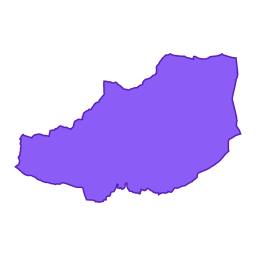 outline of Nucet, Bihor, Romania
{"feature_id": "2599482B33433612869061", "entity_name": "Nucet", "entity_type": "district", "adm_level": 2, "iso_a3": "ROU", "parent_name": "Romania", "parent_adm1": "Bihor", "projection": "albers", "projection_center": [22.608, 46.495], "detail": "fine", "context": "isolated", "style": "filled", "palette": "violet", "viewbox_px": 256, "rotation_deg": 0, "n_neighbors": 0, "source": "geoboundaries", "source_scale": "gbopen_adm2", "svg_char_len": 5757}
<svg xmlns="http://www.w3.org/2000/svg" viewBox="0 0 256 256"><path d="M213.7,165.4L219.5,161.0L222.9,157.2L225.7,153.8L228.8,151.0L228.3,148.8L228.4,141.1L229.2,139.4L231.5,138.2L235.6,135.6L238.3,134.6L240.6,134.0L239.4,130.4L236.2,125.5L236.6,123.5L236.5,122.3L237.0,120.7L236.6,119.2L236.5,116.9L235.5,112.9L232.2,99.2L232.6,96.4L233.3,92.8L234.4,88.3L236.0,80.9L235.9,80.2L236.9,77.7L237.8,74.4L237.7,73.7L237.2,72.4L237.6,72.3L236.0,57.9L232.2,57.6L228.4,56.5L226.3,55.9L225.4,55.5L223.9,55.2L223.3,55.1L222.2,53.9L219.3,55.3L217.9,55.7L215.8,56.1L211.6,56.5L209.8,56.9L208.1,58.2L207.0,58.4L206.3,58.8L205.3,59.0L202.9,59.0L199.6,58.5L198.3,58.2L197.2,57.6L195.4,56.5L193.8,56.5L193.3,57.5L193.5,59.2L186.1,57.4L184.8,56.3L180.3,56.2L173.8,55.4L169.9,53.9L168.5,54.9L165.7,55.1L165.0,55.7L164.3,56.7L162.4,58.2L161.6,59.4L160.8,60.7L159.4,62.3L158.7,64.1L156.7,66.1L156.3,67.8L156.6,69.0L156.6,70.1L156.4,70.9L156.5,71.5L156.3,72.3L156.7,72.8L156.4,73.2L156.1,73.4L155.6,74.0L155.5,74.4L155.2,74.7L152.7,75.6L151.4,77.0L150.1,78.1L148.8,78.4L146.8,79.3L146.0,79.2L144.8,80.0L143.7,81.0L143.5,81.4L142.9,82.3L142.7,83.0L142.7,84.2L142.0,84.7L139.9,85.4L138.6,86.3L137.2,87.7L136.6,87.7L135.9,87.8L134.5,87.8L132.8,88.5L130.5,89.1L129.8,89.6L129.0,89.9L128.2,90.1L126.9,89.5L125.1,89.3L124.2,89.1L123.6,88.8L122.3,87.6L121.8,87.4L120.9,86.2L118.2,84.6L116.7,82.8L115.8,82.3L115.5,82.3L114.4,82.8L113.6,83.0L112.7,83.0L111.3,82.5L110.0,81.7L109.3,81.8L107.9,82.0L107.0,81.5L105.4,81.2L104.0,81.2L103.8,84.6L104.2,94.3L99.7,99.8L99.6,100.1L99.3,100.4L99.1,100.9L98.9,101.7L98.8,101.9L98.3,102.2L96.9,102.4L96.1,102.7L95.8,102.9L95.7,103.2L95.2,103.9L94.5,104.0L93.7,105.4L93.6,105.8L93.2,106.4L92.6,106.9L92.5,107.2L92.1,107.6L91.8,108.1L91.3,109.2L90.6,109.5L90.1,109.5L89.3,109.3L88.8,109.5L88.4,110.4L86.8,110.8L86.5,111.0L85.7,111.6L85.2,111.8L84.9,112.3L84.6,112.4L83.7,113.2L83.4,113.9L83.1,115.7L82.4,117.0L82.3,117.6L82.5,119.5L82.2,119.6L81.5,119.3L80.5,119.7L80.1,119.6L79.8,119.4L79.1,119.3L78.5,119.4L78.5,119.5L77.8,119.5L76.0,120.7L74.6,121.4L73.1,127.1L71.9,128.2L71.1,128.5L71.1,129.2L70.4,129.0L69.1,128.6L66.5,127.3L64.2,127.4L61.8,126.3L61.2,126.1L60.2,126.2L59.8,126.1L59.3,126.3L58.5,127.2L57.9,127.6L56.9,128.6L55.6,128.7L55.2,128.9L55.0,129.2L55.0,129.7L54.1,130.0L51.4,130.3L50.2,130.6L48.9,136.3L48.0,136.2L47.0,135.8L46.5,135.5L45.5,135.7L45.0,135.5L44.4,135.5L43.9,135.4L43.4,135.6L43.0,135.5L42.6,135.4L42.1,134.9L41.9,134.8L41.5,134.4L41.1,134.3L40.6,134.6L40.2,134.4L39.9,134.4L39.1,134.1L38.3,134.1L36.9,134.5L35.6,134.6L35.0,134.9L34.3,135.1L33.0,136.2L32.6,136.5L32.4,136.8L31.6,137.5L31.6,137.8L24.0,135.4L23.2,134.5L22.8,134.9L22.4,135.1L21.8,135.7L21.5,136.2L21.1,137.1L20.8,137.4L20.3,138.4L19.9,138.7L19.8,139.0L21.1,140.0L20.6,142.5L20.6,142.9L20.4,143.3L20.2,143.7L20.2,144.0L21.0,145.3L21.0,146.9L20.9,147.4L20.6,148.4L20.5,149.1L20.6,150.4L20.4,151.6L20.1,152.2L20.1,153.1L19.9,154.2L20.1,154.9L19.2,156.0L18.8,156.5L18.7,156.8L18.4,157.0L18.3,157.5L18.8,158.3L18.8,158.8L19.2,159.4L19.5,160.5L19.6,161.4L19.4,162.2L19.2,162.8L19.0,163.7L18.4,164.7L16.4,165.9L15.8,166.5L15.4,166.7L15.9,167.3L16.6,167.8L17.5,168.1L18.2,168.7L18.5,169.0L18.9,169.7L21.0,171.2L21.3,171.6L22.0,172.2L22.6,173.0L23.2,173.2L23.9,173.7L24.7,174.3L25.0,174.6L27.0,175.2L28.8,175.6L30.4,175.3L31.4,175.5L31.9,175.7L32.5,176.1L33.9,176.7L35.0,177.2L36.0,177.8L36.5,178.5L37.5,179.2L39.5,180.1L40.3,180.1L40.7,180.3L41.6,181.0L43.1,181.6L45.6,182.4L47.7,182.5L49.6,183.0L51.1,183.6L54.2,183.9L54.9,184.4L55.2,184.4L55.6,184.4L56.3,184.0L57.2,183.9L59.0,184.1L60.0,184.1L62.2,182.8L63.4,182.9L64.3,183.0L68.0,184.2L70.2,185.1L75.7,187.0L77.5,187.3L81.0,187.3L82.1,187.4L82.5,187.8L83.1,188.8L83.3,189.4L83.6,191.4L84.1,192.9L84.6,194.7L86.5,199.7L88.3,199.9L91.9,200.0L93.1,200.2L93.8,200.5L94.4,200.5L94.8,200.8L95.2,201.5L95.5,201.8L96.6,201.8L97.2,201.6L98.1,202.0L99.2,202.1L102.8,201.5L103.1,201.4L103.5,201.0L103.8,200.0L103.9,199.8L104.3,199.7L105.1,199.9L105.9,199.9L106.2,199.7L106.1,198.1L106.1,197.7L106.2,197.4L107.5,196.1L108.0,196.1L108.8,196.3L109.2,196.2L110.5,194.9L110.5,194.1L110.6,193.4L111.2,192.1L111.7,191.9L113.1,191.8L113.9,191.4L114.4,190.9L116.5,186.5L116.9,184.7L117.3,184.1L117.7,184.2L118.0,184.4L118.1,184.7L118.1,185.0L117.4,186.6L117.3,187.1L117.6,187.9L117.9,188.0L118.4,188.0L119.9,188.5L120.5,187.8L121.1,188.1L121.6,188.8L122.0,189.1L122.7,189.2L122.9,189.0L123.3,188.4L124.4,187.9L124.8,187.4L125.0,185.7L125.2,184.5L125.8,183.5L126.1,183.1L126.3,182.9L126.6,183.0L126.8,183.3L126.9,183.7L127.0,186.4L127.4,187.5L127.5,188.0L127.7,188.4L127.9,188.9L128.8,189.3L128.9,190.2L129.2,190.8L129.7,191.2L131.1,191.1L132.1,191.5L132.8,192.1L132.9,192.4L134.2,192.4L135.6,193.0L136.7,193.1L137.1,193.0L138.0,193.0L138.5,193.2L138.9,193.5L139.1,193.8L140.2,193.6L140.2,192.0L140.8,191.7L141.0,189.6L141.1,189.3L142.8,190.1L143.4,190.2L144.2,190.6L145.2,190.4L145.8,190.2L146.8,188.8L146.9,188.5L147.2,188.4L149.1,189.1L149.8,189.8L150.2,189.9L150.8,190.5L152.3,191.2L153.2,192.1L153.6,192.3L154.4,192.4L154.9,192.9L155.3,193.0L155.7,192.8L156.1,193.0L156.5,193.0L157.5,192.6L158.1,193.2L158.5,193.1L158.5,193.3L158.4,194.1L158.4,194.3L158.8,194.8L158.9,194.7L158.9,194.3L159.1,194.1L160.0,193.8L160.5,193.3L161.0,193.4L161.5,193.3L161.8,193.0L163.0,192.7L164.1,192.7L164.5,193.1L165.4,193.1L166.3,192.9L167.8,192.4L167.9,191.4L169.9,192.0L171.2,192.2L172.5,191.1L174.2,188.4L174.6,188.1L175.0,187.9L176.4,188.1L178.3,187.9L182.3,186.0L184.0,185.9L185.1,185.6L186.2,184.9L187.0,184.3L189.5,182.9L190.6,182.2L191.9,181.7L197.0,177.4L197.2,176.8L197.2,175.2L197.3,174.4L197.5,174.0L198.2,173.1L203.1,170.9L206.5,169.6L209.7,167.9L211.4,166.6L213.7,165.4Z" fill="#8b5cf6" stroke="#5b21b6" stroke-width="1.5"/></svg>